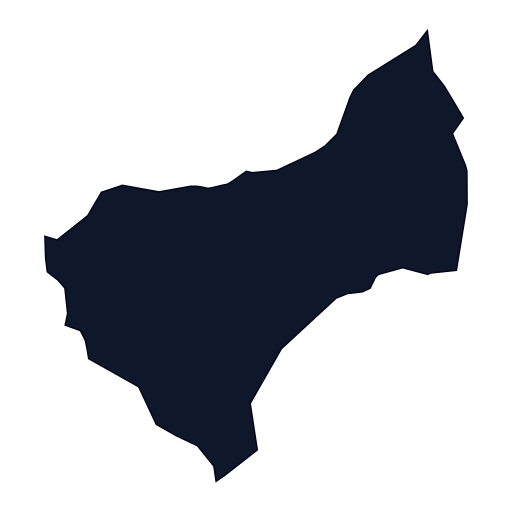 the district of Xu'reemaral, Bayanhongor, Mongolia
{"feature_id": "93677404B17106990406632", "entity_name": "Xu'reemaral", "entity_type": "district", "adm_level": 2, "iso_a3": "MNG", "parent_name": "Mongolia", "parent_adm1": "Bayanhongor", "projection": "albers", "projection_center": [98.288, 46.477], "detail": "fine", "context": "isolated", "style": "filled", "palette": "ink", "viewbox_px": 512, "rotation_deg": 0, "n_neighbors": 0, "source": "geoboundaries", "source_scale": "gbopen_adm2", "svg_char_len": 1057}
<svg xmlns="http://www.w3.org/2000/svg" viewBox="0 0 512 512"><path d="M44.9,236.3L45.6,258.0L47.3,271.8L58.1,280.2L64.9,288.1L67.6,313.4L65.2,325.2L80.4,330.6L84.0,337.7L85.4,340.8L87.1,349.0L88.7,358.7L138.7,386.8L156.3,424.4L176.4,435.8L197.5,445.8L213.9,466.2L216.1,481.3L225.7,474.6L257.3,449.9L250.2,403.4L281.4,348.7L336.2,298.1L347.3,293.6L362.5,291.8L370.1,288.2L373.3,281.8L375.2,277.7L378.2,274.5L402.8,267.7L405.5,268.5L427.8,274.4L430.7,273.0L456.4,270.3L467.1,204.3L466.9,170.6L465.3,165.1L452.4,133.5L463.3,118.1L452.7,100.1L444.3,86.2L433.3,72.1L432.7,71.1L427.3,30.7L415.9,45.4L368.2,75.1L353.7,90.1L350.1,97.4L336.9,134.2L325.2,145.8L315.5,152.2L276.9,170.4L252.3,172.7L246.3,171.3L233.7,180.3L230.6,182.3L228.2,183.8L226.9,184.3L224.7,184.8L222.0,185.3L217.5,186.4L213.8,187.3L210.7,188.0L208.6,188.2L207.2,188.2L205.1,187.7L201.5,187.0L198.3,186.4L195.9,186.3L194.8,186.2L193.7,186.3L192.9,186.3L191.0,186.2L158.8,191.9L122.5,185.3L101.4,192.3L87.7,215.7L57.1,240.0L44.9,236.3Z" fill="#0f172a" stroke="#020617" stroke-width="1.5"/></svg>